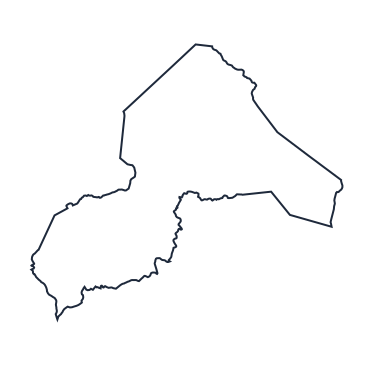 outline of San Miguel Ixitlán, Puebla, Mexico, rotated 9°
{"feature_id": "50627088B6450542910055", "entity_name": "San Miguel Ixitlán", "entity_type": "district", "adm_level": 2, "iso_a3": "MEX", "parent_name": "Mexico", "parent_adm1": "Puebla", "projection": "mercator", "projection_center": [-97.779, 18.007], "detail": "fine", "context": "isolated", "style": "outline", "palette": "slate", "viewbox_px": 384, "rotation_deg": 9, "n_neighbors": 0, "source": "geoboundaries", "source_scale": "gbopen_adm2", "svg_char_len": 5974}
<svg xmlns="http://www.w3.org/2000/svg" viewBox="0 0 384 384"><g transform="rotate(9 192 192)"><path d="M111.7,123.2L112.7,124.8L113.4,127.3L113.5,128.7L115.7,169.8L123.9,174.7L126.6,174.9L129.0,174.9L131.1,176.9L133.1,181.8L133.2,185.7L132.6,186.4L130.0,188.8L129.4,190.4L129.6,193.0L128.9,198.5L126.5,200.8L125.5,201.0L124.9,201.0L124.3,200.7L123.3,200.7L122.5,200.5L119.0,201.2L117.3,202.9L116.5,203.3L115.7,204.0L114.9,204.4L113.4,204.9L111.8,206.1L109.9,207.2L108.4,207.8L107.5,208.3L106.9,208.5L106.3,208.8L106.1,209.0L105.6,209.2L104.9,209.3L103.2,211.5L102.6,211.9L102.1,212.1L101.5,212.1L101.3,211.9L101.1,211.6L100.7,211.5L100.4,211.5L99.8,211.9L99.0,212.2L98.4,212.1L96.7,212.2L95.3,212.2L95.0,212.0L94.4,211.4L93.3,211.1L92.1,211.5L90.8,211.6L90.0,211.2L88.8,212.4L87.6,212.1L86.0,212.5L84.9,214.3L84.0,214.9L83.5,216.3L82.6,216.7L80.9,220.6L80.4,221.4L76.4,223.9L75.8,222.8L75.5,222.5L74.4,222.2L73.1,222.4L72.0,223.1L70.9,224.0L70.1,225.0L70.3,225.8L71.6,227.6L59.9,236.6L49.5,273.1L48.9,273.5L46.4,277.3L45.3,278.3L44.7,279.3L44.2,281.2L44.3,283.6L45.3,285.1L47.3,287.4L47.3,287.7L46.4,288.5L45.1,289.5L44.9,289.8L45.1,290.0L46.8,290.2L47.5,290.8L47.9,291.4L47.5,292.4L46.1,293.3L45.5,293.8L46.4,294.3L47.0,294.7L47.3,295.3L47.6,296.7L48.1,297.4L49.0,298.0L49.3,297.8L49.5,298.0L50.0,298.6L50.3,298.9L51.3,300.3L54.4,302.6L55.8,303.4L56.1,303.5L57.2,304.6L58.8,305.1L60.1,305.8L61.1,306.6L62.2,308.0L63.0,309.2L63.9,311.1L64.4,313.0L64.8,313.4L65.5,314.5L67.0,315.8L69.1,316.5L70.0,316.9L70.7,317.3L72.5,318.0L73.5,318.6L74.1,319.5L74.6,319.9L75.1,320.9L75.2,322.2L75.2,324.6L76.2,327.5L76.3,328.3L77.0,330.1L77.2,331.5L76.8,333.3L76.5,333.9L78.5,338.1L79.0,339.0L79.5,335.9L81.0,333.9L81.6,333.3L81.9,332.7L82.2,331.9L82.6,331.4L83.0,330.4L83.2,329.5L84.1,327.7L85.3,326.4L87.1,324.7L89.5,325.1L91.5,324.6L93.4,323.6L95.7,322.5L97.6,321.3L99.6,319.4L100.5,318.4L100.0,317.1L99.9,316.6L100.9,314.7L101.1,313.3L100.8,312.0L100.4,310.9L99.3,310.3L99.1,309.7L98.7,308.9L98.7,307.7L99.0,306.4L99.7,305.2L99.8,304.3L100.7,302.5L102.9,305.0L104.4,305.3L106.2,304.7L107.3,303.4L109.4,304.1L111.5,300.4L112.7,301.0L112.9,300.8L113.8,300.8L114.6,301.1L116.8,301.5L116.7,299.4L116.9,298.9L117.2,298.7L117.7,298.7L118.3,299.2L118.7,299.9L119.3,300.2L119.7,300.1L120.5,298.8L121.1,298.6L121.5,298.7L122.0,299.1L124.6,299.7L127.2,298.9L127.9,298.9L129.3,299.3L132.0,299.4L135.7,295.3L137.0,294.1L138.1,293.4L139.4,292.9L140.2,292.2L141.3,291.6L142.3,290.8L143.6,290.2L145.8,288.6L146.7,288.3L147.8,288.2L150.6,287.7L152.8,288.3L153.6,288.3L155.7,285.4L156.5,284.5L157.9,282.5L158.5,282.2L159.3,282.3L161.7,283.0L162.2,282.7L163.3,281.8L163.9,280.5L164.1,279.3L164.3,278.6L164.9,278.1L166.0,277.6L168.3,277.4L169.0,277.7L169.6,278.2L170.3,278.4L170.5,278.0L170.6,277.6L168.9,273.8L166.4,268.7L166.3,268.1L166.6,266.3L166.5,265.4L166.7,264.2L166.9,263.5L167.3,263.2L167.7,262.9L170.2,262.4L170.8,262.5L171.9,263.2L173.2,263.8L175.6,263.7L176.5,264.0L177.3,264.6L178.5,265.0L179.6,264.8L181.0,264.0L179.7,263.4L179.7,262.9L180.7,261.4L181.6,259.6L181.7,258.9L181.7,257.4L181.7,255.9L182.4,252.5L182.5,250.0L184.1,249.2L184.6,248.8L184.9,248.4L184.9,247.9L184.7,247.4L183.0,245.6L181.9,244.1L181.4,243.3L181.2,242.6L181.3,242.1L181.5,241.7L182.3,240.9L182.8,240.6L183.3,240.5L183.6,240.2L183.9,239.9L184.0,239.6L183.8,238.3L183.6,237.7L182.3,236.0L182.2,235.7L182.3,235.4L182.6,234.9L183.5,234.0L184.2,232.9L184.3,232.5L184.4,232.0L184.3,231.6L184.5,231.0L184.7,230.6L185.0,230.4L185.4,230.3L185.8,230.4L186.8,230.9L187.1,230.9L187.7,230.5L187.8,230.3L187.4,229.6L185.0,227.4L183.9,226.6L183.8,226.2L183.8,225.8L184.0,225.4L184.8,224.1L185.4,222.9L185.4,222.3L185.3,221.6L185.0,220.9L184.6,220.3L184.2,220.0L181.8,219.5L181.0,219.2L180.3,218.6L179.8,218.0L179.6,217.2L179.2,216.6L177.3,214.6L177.1,214.1L177.2,213.8L177.6,213.3L178.7,212.2L179.0,211.8L179.0,211.2L178.8,210.7L179.4,210.5L180.0,210.0L180.1,209.7L180.0,209.4L179.8,209.1L179.4,208.8L179.5,208.2L180.1,207.6L180.9,204.7L182.2,201.5L180.8,200.2L180.4,199.6L180.4,198.9L182.7,199.0L183.2,198.1L183.1,197.5L183.5,196.1L183.8,195.8L184.0,195.1L184.5,194.4L186.6,194.7L187.4,194.2L187.5,193.9L187.4,193.3L187.5,192.8L187.6,192.5L188.0,192.3L189.0,192.0L190.6,191.8L192.0,191.9L195.0,192.5L196.5,191.9L198.6,192.6L198.8,193.3L198.9,194.3L198.7,195.8L199.1,196.0L199.6,196.0L201.1,196.9L201.9,198.0L202.7,198.7L203.1,198.7L203.8,198.4L204.4,197.9L205.2,197.3L205.8,197.1L207.6,197.2L208.4,197.0L208.9,196.4L209.8,195.9L210.7,195.7L211.4,195.7L212.4,196.4L212.8,197.0L213.6,197.2L215.0,195.7L216.0,195.5L216.8,195.5L217.4,195.8L217.9,195.2L218.9,194.9L219.6,195.0L221.2,193.8L222.9,193.2L223.1,192.2L223.7,191.5L224.0,191.0L224.5,190.4L225.5,190.3L226.8,190.5L227.4,190.8L228.1,191.7L228.3,192.2L228.9,192.3L230.1,192.1L232.7,191.4L233.5,190.8L234.0,190.3L235.2,189.3L235.9,188.4L236.4,187.6L236.7,187.3L237.7,187.1L238.3,187.1L239.8,186.9L241.0,186.7L242.3,186.8L270.1,179.3L292.3,199.3L335.3,204.5L334.3,201.7L333.6,200.1L333.8,197.2L334.8,186.8L334.6,183.8L334.9,181.2L334.6,180.1L333.9,178.1L333.9,176.0L334.1,174.4L334.5,170.3L335.2,169.3L335.9,169.4L336.8,169.0L337.7,167.7L339.0,166.3L339.6,164.9L339.8,163.6L339.5,161.9L338.7,160.4L337.5,157.8L337.4,156.8L300.8,137.6L267.0,119.6L243.6,97.2L238.2,91.5L237.7,90.5L237.6,89.2L235.6,85.5L235.6,84.0L236.3,81.7L237.7,80.2L237.8,79.1L238.1,78.2L238.5,77.8L238.8,77.0L238.6,76.3L236.5,74.3L235.8,74.5L235.1,74.5L234.2,74.3L233.7,73.8L233.2,72.7L231.1,71.0L228.6,70.8L228.2,70.3L227.1,69.9L225.8,69.7L224.9,69.0L224.4,68.7L224.4,65.3L224.2,64.6L223.6,64.1L222.8,63.6L221.7,63.4L218.7,64.0L217.5,64.0L215.2,63.4L214.2,62.8L213.4,62.5L212.7,62.0L211.7,60.9L210.3,60.6L208.1,60.4L207.1,60.0L206.3,59.3L205.8,58.5L204.7,57.6L202.7,57.0L202.1,56.6L200.2,53.4L198.8,51.7L198.5,51.0L197.2,50.8L193.9,48.3L191.6,47.9L190.7,47.5L190.2,47.1L189.6,46.3L189.2,45.6L189.1,45.0L172.5,45.7L153.5,70.1L113.8,120.6L111.7,123.2Z" fill="none" stroke="#1e293b" stroke-width="2"/></g></svg>